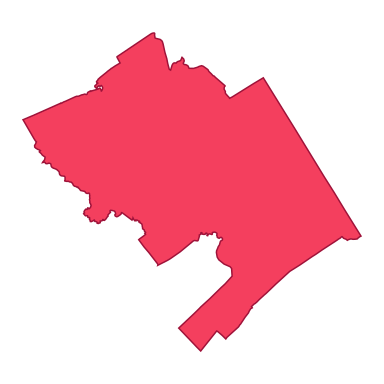 Crevedia Mare, Giurgiu, Romania (orthographic projection)
{"feature_id": "2599482B65943054980402", "entity_name": "Crevedia Mare", "entity_type": "district", "adm_level": 2, "iso_a3": "ROU", "parent_name": "Romania", "parent_adm1": "Giurgiu", "projection": "orthographic", "projection_center": [25.603, 44.429], "detail": "fine", "context": "isolated", "style": "filled", "palette": "rose", "viewbox_px": 384, "rotation_deg": 0, "n_neighbors": 0, "source": "geoboundaries", "source_scale": "gbopen_adm2", "svg_char_len": 5729}
<svg xmlns="http://www.w3.org/2000/svg" viewBox="0 0 384 384"><path d="M361.0,236.1L344.7,209.9L334.4,192.9L324.4,177.1L294.8,128.7L263.3,77.8L253.6,83.6L232.3,96.9L229.6,98.3L229.0,97.3L228.1,96.4L225.8,93.8L225.3,92.9L225.3,92.4L225.4,91.8L225.3,91.3L224.2,89.4L224.1,88.9L224.3,87.0L225.1,86.0L225.0,85.7L216.8,78.6L215.4,77.4L214.2,76.1L213.0,75.7L211.3,73.8L208.8,71.4L208.2,70.0L207.5,69.3L203.3,66.3L201.6,65.7L199.1,66.4L198.2,66.9L197.0,67.4L193.5,68.4L189.2,68.3L188.8,67.9L188.3,66.4L187.7,65.6L185.9,64.7L184.2,64.5L183.4,63.7L183.3,63.4L183.4,62.9L184.1,61.4L184.2,60.7L183.7,59.0L182.0,57.3L181.8,57.6L181.5,58.6L180.9,59.9L180.5,60.5L179.3,61.1L178.1,61.4L176.9,62.1L176.2,63.0L174.2,62.9L173.5,63.2L172.9,63.8L172.1,65.2L170.6,70.1L169.4,69.4L169.2,69.1L167.7,63.4L166.8,58.7L164.9,52.3L163.1,44.0L162.4,41.7L161.7,40.6L160.1,39.4L156.1,38.4L155.1,38.0L154.9,37.6L154.9,36.6L154.6,35.5L154.7,33.4L154.3,33.0L153.2,33.0L151.6,33.5L150.6,34.1L117.0,56.7L117.0,57.2L117.3,57.8L120.1,63.0L115.2,65.9L111.8,68.2L111.2,68.4L110.8,68.9L107.2,71.6L106.9,72.0L100.4,77.2L98.0,79.4L97.9,80.0L97.6,80.4L96.6,81.4L96.5,81.9L96.7,82.3L97.8,83.1L97.7,83.2L96.8,83.7L96.6,84.2L96.1,84.8L95.0,85.6L94.8,86.2L94.9,86.9L95.5,87.2L96.1,88.0L96.4,88.3L97.0,88.4L97.2,87.2L97.8,86.5L98.2,86.4L98.5,86.0L99.2,85.9L99.8,86.3L100.1,86.4L101.2,85.5L101.5,85.6L102.5,87.0L102.7,87.8L102.6,88.8L101.8,90.6L101.5,91.0L101.2,90.9L101.2,90.3L101.0,89.9L100.3,88.6L100.0,88.2L99.7,88.1L98.6,88.8L96.7,89.5L92.1,90.8L91.1,90.9L91.0,91.2L90.6,91.8L90.7,92.0L90.2,91.0L87.9,92.3L87.5,92.9L87.2,94.0L86.5,94.5L86.1,94.5L85.0,94.1L84.7,94.1L83.0,94.6L81.6,94.9L78.8,96.1L77.8,96.3L76.9,96.2L75.4,96.7L65.6,101.2L63.5,102.0L62.1,102.9L60.9,103.4L60.8,103.1L60.7,103.2L32.3,115.8L23.0,119.7L33.9,138.5L35.3,140.7L36.4,141.9L36.0,142.3L35.8,143.5L34.6,145.4L34.7,147.1L35.8,148.2L36.3,148.4L37.4,149.2L39.9,150.2L40.0,150.5L39.9,150.7L40.2,150.8L39.3,151.7L39.3,151.9L41.3,153.7L42.3,155.1L45.1,157.1L44.8,158.9L44.6,159.7L44.1,160.4L42.8,162.0L42.5,162.6L44.5,162.1L45.1,162.5L45.5,163.4L46.3,163.7L47.8,163.6L48.6,163.2L49.6,163.3L50.6,163.7L50.8,164.0L51.3,166.4L51.9,167.2L53.2,168.1L55.5,168.9L56.8,169.6L58.9,171.5L59.2,172.2L59.5,173.9L59.7,174.5L60.3,175.2L61.2,175.8L64.3,176.2L64.8,176.7L65.2,177.8L65.0,178.9L65.1,180.0L64.7,180.6L64.8,181.0L66.8,181.4L68.3,181.3L69.8,182.0L71.1,182.1L71.8,182.6L72.0,183.0L72.6,183.6L73.5,185.5L74.8,186.3L76.2,186.6L77.0,187.2L77.6,187.0L77.9,187.1L78.1,187.3L78.1,187.8L79.1,188.5L80.6,190.5L84.7,191.4L85.0,191.6L85.5,192.7L87.1,193.5L88.7,193.1L89.1,193.2L89.3,193.4L89.6,194.0L89.5,194.8L89.8,195.6L89.6,196.5L89.9,198.6L89.5,199.3L89.9,201.9L89.8,202.8L90.6,203.9L90.7,204.6L91.1,205.2L90.7,206.9L90.3,207.6L89.2,208.7L88.6,208.7L88.1,207.9L87.7,207.9L87.4,208.5L87.3,209.2L87.2,209.4L86.7,209.4L86.0,209.1L85.7,209.2L84.6,210.5L84.2,211.3L84.0,211.9L84.5,212.9L83.9,213.3L83.6,213.7L85.2,215.6L85.9,215.9L87.2,215.6L87.5,215.7L87.7,216.2L87.8,217.2L88.0,217.4L88.4,217.6L89.4,217.5L89.6,217.7L89.7,218.2L89.5,219.6L90.2,220.3L90.3,221.5L91.1,221.7L93.1,220.8L94.2,220.0L94.5,220.3L94.8,221.4L95.8,221.5L97.0,222.1L97.2,222.4L97.1,222.9L97.1,223.2L98.1,223.5L98.3,223.5L98.8,223.0L99.6,223.1L100.0,222.9L100.3,222.2L100.2,221.1L101.5,220.9L102.7,220.4L102.9,220.2L102.8,219.6L103.5,219.6L103.6,220.0L103.8,220.3L104.4,220.4L105.6,219.4L107.3,216.9L108.1,216.1L108.1,215.8L107.9,215.1L108.1,214.7L110.5,212.3L110.5,212.1L110.2,211.9L110.0,211.2L110.1,210.6L110.5,210.3L111.9,210.4L114.2,211.0L114.7,211.3L115.2,212.1L115.3,212.7L115.6,213.5L115.6,214.1L114.9,214.7L114.9,215.3L115.3,216.1L116.5,216.7L116.9,216.7L117.7,216.5L120.1,214.9L121.1,214.0L121.3,213.4L121.5,212.6L121.8,212.6L122.5,213.0L132.0,220.1L132.9,218.5L133.0,218.0L133.6,219.2L134.8,220.8L135.4,220.7L135.9,220.8L135.9,220.0L137.4,220.2L138.5,221.0L139.1,221.1L138.9,221.6L139.1,222.2L140.0,222.2L140.1,222.9L140.6,223.1L141.8,224.0L142.2,225.4L142.3,226.7L142.6,227.8L142.6,228.8L144.2,229.9L144.3,230.2L144.4,231.1L144.6,231.4L145.6,232.3L145.6,232.5L145.4,233.0L144.8,233.3L145.5,234.4L144.1,235.6L139.7,238.8L138.7,239.7L144.1,247.0L148.8,252.5L157.4,263.6L158.0,264.6L157.8,265.3L167.8,260.2L170.3,258.7L180.2,251.8L193.5,240.8L194.5,240.5L197.3,240.9L197.9,240.7L198.3,240.0L199.3,236.5L199.4,236.1L199.3,235.0L200.6,234.4L200.9,233.7L200.7,233.1L200.9,232.8L201.3,232.6L201.7,232.7L202.1,233.1L202.0,233.9L202.1,234.1L203.7,234.4L205.1,234.3L205.6,233.4L206.0,233.2L206.4,233.1L206.9,233.3L207.1,233.8L207.2,234.4L206.9,235.3L207.1,235.6L207.4,235.7L207.7,235.7L208.0,234.8L209.1,233.9L209.9,233.9L211.8,234.5L212.1,234.4L212.4,233.9L212.4,232.6L212.7,232.4L214.5,232.1L215.5,232.3L216.7,233.1L217.0,233.6L217.0,234.0L216.7,235.3L217.2,236.2L217.1,236.8L217.3,237.3L217.6,237.6L219.1,238.3L219.5,238.1L220.6,237.4L221.0,237.3L221.4,237.5L222.4,238.4L222.5,239.3L222.4,239.9L222.0,240.3L220.7,241.0L220.4,241.4L219.4,245.0L218.3,246.5L217.6,248.4L216.6,250.7L216.4,252.5L217.2,257.1L218.8,259.8L224.1,264.1L230.1,266.7L231.6,268.5L232.1,276.2L225.1,283.9L221.2,287.5L209.8,298.7L200.8,306.9L199.4,308.4L194.1,313.6L178.7,328.1L196.9,347.2L200.7,351.0L216.7,331.0L217.9,331.7L222.3,335.5L225.8,339.0L227.0,337.3L238.4,327.0L239.4,325.6L239.7,324.9L240.5,324.2L245.1,317.2L248.5,312.8L249.0,311.5L250.6,308.8L252.3,307.8L251.5,306.5L254.4,303.8L255.0,303.6L256.9,302.0L259.0,299.8L264.2,295.0L266.0,293.5L275.8,284.1L289.7,271.4L299.7,265.1L312.3,256.5L315.8,254.3L322.3,249.8L337.3,240.0L338.3,239.2L340.1,238.2L341.7,236.7L342.2,236.7L343.6,238.3L346.2,239.3L347.3,240.3L348.5,239.6L350.9,238.9L353.0,239.3L355.4,239.2L357.3,238.9L358.0,238.1L359.5,236.9L361.0,236.1Z" fill="#f43f5e" stroke="#9f1239" stroke-width="1.5"/></svg>